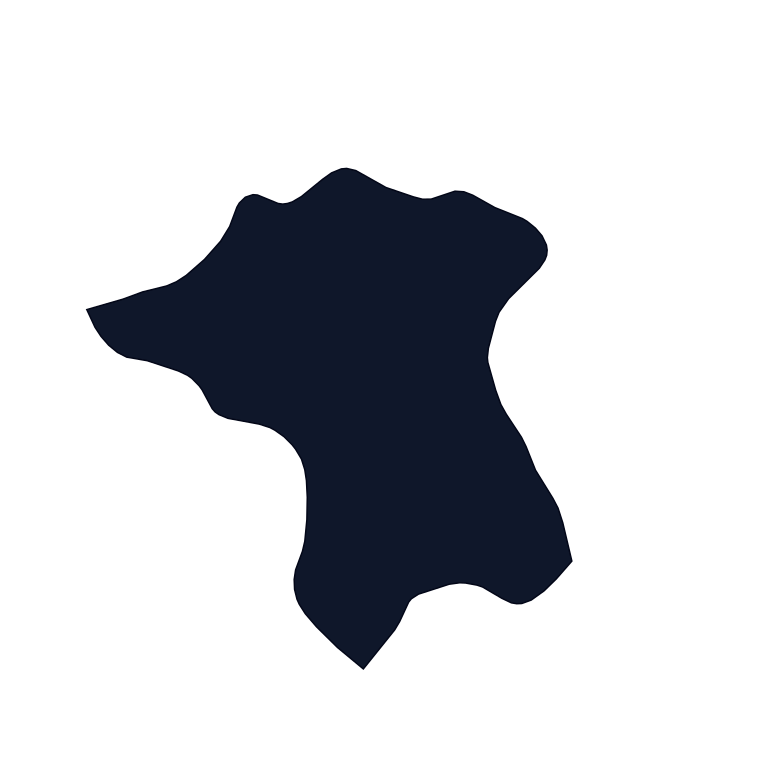 Licey al Medio, Santiago, Dominican Republic, rotated 136°
{"feature_id": "3306468B91186516288237", "entity_name": "Licey al Medio", "entity_type": "district", "adm_level": 2, "iso_a3": "DOM", "parent_name": "Dominican Republic", "parent_adm1": "Santiago", "projection": "robinson", "projection_center": [-70.602, 19.426], "detail": "fine", "context": "isolated", "style": "filled", "palette": "ink", "viewbox_px": 768, "rotation_deg": 136, "n_neighbors": 0, "source": "geoboundaries", "source_scale": "gbopen_adm2", "svg_char_len": 1515}
<svg xmlns="http://www.w3.org/2000/svg" viewBox="0 0 768 768"><g transform="rotate(136 384 384)"><path d="M596.8,193.4L547.1,199.7L537.6,202.3L517.7,210.0L513.5,210.5L505.2,208.9L476.2,194.7L467.6,188.4L463.6,184.2L456.8,174.7L454.1,169.5L448.1,148.0L444.4,138.1L441.2,133.8L437.4,130.4L428.2,126.3L412.5,124.0L395.6,124.1L371.9,126.1L351.8,160.0L345.0,173.9L341.9,184.5L334.9,216.7L325.3,240.2L322.1,250.2L317.0,277.4L314.2,288.0L308.0,301.9L294.3,327.4L291.3,331.2L284.1,337.2L260.2,351.7L251.4,355.7L235.1,358.8L191.8,359.4L182.1,361.5L177.6,363.6L173.6,367.0L170.6,371.2L167.4,380.8L166.8,391.0L168.1,401.6L169.5,406.8L181.7,433.9L189.0,458.2L193.0,466.8L199.0,473.4L221.6,484.2L227.9,490.1L232.8,498.1L246.1,524.0L256.0,557.1L261.1,565.0L265.3,568.4L275.1,572.3L285.8,573.9L313.2,576.2L323.5,578.7L328.0,580.9L331.9,583.8L334.8,587.5L343.7,607.8L346.7,611.2L354.0,614.7L362.3,614.7L366.9,613.4L385.6,604.5L402.3,600.2L426.6,598.3L450.9,599.5L462.5,601.8L472.4,605.6L493.6,617.9L512.9,626.4L546.1,644.0L552.5,625.5L554.5,614.8L555.1,603.1L553.8,591.9L550.4,582.0L538.1,565.2L522.9,536.3L519.3,526.8L518.3,521.6L518.2,511.2L518.9,506.2L524.7,485.6L524.9,481.3L524.0,476.6L520.1,467.7L501.6,441.8L496.3,431.9L494.6,426.6L492.5,415.5L492.3,404.2L492.9,398.5L495.5,387.4L500.5,377.4L506.9,368.4L517.9,355.8L533.7,340.0L550.2,325.9L558.9,320.3L576.7,311.7L584.4,305.8L591.0,298.4L596.1,289.6L598.0,284.3L600.2,273.4L601.2,256.2L600.5,226.8L596.8,193.4Z" fill="#0f172a" stroke="#020617" stroke-width="1.5"/></g></svg>